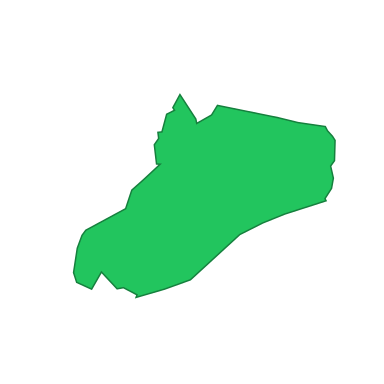 the district of Jefferson, Georgia, United States of America, rotated 54°
{"feature_id": "52423323B60673923968827", "entity_name": "Jefferson", "entity_type": "district", "adm_level": 2, "iso_a3": "USA", "parent_name": "United States of America", "parent_adm1": "Georgia", "projection": "equal_earth", "projection_center": [-82.449, 33.037], "detail": "fine", "context": "isolated", "style": "filled", "palette": "green", "viewbox_px": 384, "rotation_deg": 54, "n_neighbors": 0, "source": "geoboundaries", "source_scale": "gbopen_adm2", "svg_char_len": 710}
<svg xmlns="http://www.w3.org/2000/svg" viewBox="0 0 384 384"><g transform="rotate(54 192 192)"><path d="M106.1,144.5L112.5,157.9L115.6,158.1L114.2,166.8L125.7,181.0L123.7,184.5L129.1,187.5L131.6,194.7L148.5,204.2L150.8,201.4L153.6,224.4L155.1,239.6L166.5,255.5L160.5,300.4L162.4,306.4L170.0,317.8L187.6,335.2L197.3,338.4L211.6,330.3L203.5,312.3L226.3,309.5L229.1,303.7L242.9,296.9L244.4,299.2L254.5,271.1L262.1,244.9L254.5,178.3L258.6,153.0L264.3,130.1L277.9,88.7L275.5,88.3L271.1,77.0L263.9,69.5L252.5,64.6L250.4,58.3L234.3,45.9L229.5,45.6L222.1,46.4L217.4,45.7L198.1,65.5L182.6,78.6L136.9,120.5L141.2,130.9L139.3,147.9L135.2,146.0L106.1,144.5Z" fill="#22c55e" stroke="#15803d" stroke-width="1.5"/></g></svg>